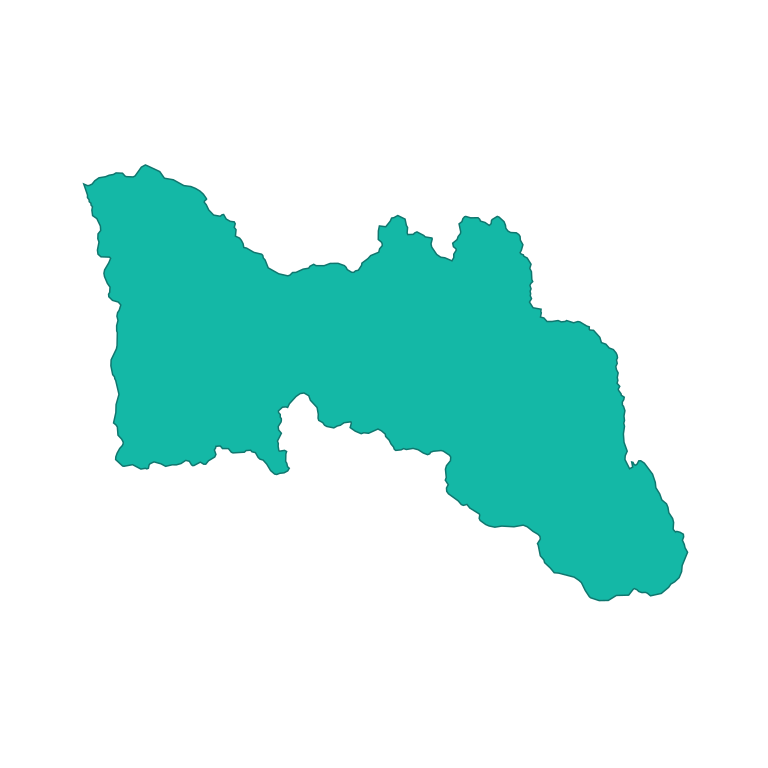 outline of Urubamba, Cusco, Peru, rotated 6°
{"feature_id": "86281439B1367773994122", "entity_name": "Urubamba", "entity_type": "district", "adm_level": 2, "iso_a3": "PER", "parent_name": "Peru", "parent_adm1": "Cusco", "projection": "mercator", "projection_center": [-72.303, -13.268], "detail": "fine", "context": "isolated", "style": "filled", "palette": "teal", "viewbox_px": 768, "rotation_deg": 6, "n_neighbors": 0, "source": "geoboundaries", "source_scale": "gbopen_adm2", "svg_char_len": 6110}
<svg xmlns="http://www.w3.org/2000/svg" viewBox="0 0 768 768"><g transform="rotate(6 384 384)"><path d="M671.2,566.8L681.7,563.3L688.3,556.5L690.2,553.0L693.8,550.3L697.7,545.8L699.6,539.5L699.5,533.4L703.5,519.6L700.5,515.4L699.4,512.1L697.1,508.2L698.0,504.7L697.4,502.1L693.9,500.5L690.6,500.0L689.4,500.7L687.2,498.8L686.7,497.8L686.5,491.4L685.1,487.6L680.7,482.2L679.3,477.0L677.5,473.7L672.4,470.2L669.7,464.5L665.2,458.7L664.1,453.5L660.5,445.6L651.2,435.5L647.4,433.5L645.4,433.8L644.2,437.0L642.8,438.4L641.2,438.1L639.8,435.9L638.5,435.7L640.0,440.6L637.1,442.6L631.5,433.9L631.4,430.1L632.9,425.4L628.8,416.9L627.3,408.6L627.6,400.9L626.5,397.9L627.0,395.2L626.0,390.8L626.4,385.4L624.5,381.1L623.3,380.0L622.9,377.0L624.1,374.5L624.3,372.0L621.2,370.4L620.8,369.0L617.9,365.7L617.5,364.6L618.7,361.7L615.7,358.9L616.2,356.0L615.3,353.2L615.7,348.5L613.7,345.5L612.7,342.4L613.8,339.2L612.7,335.8L613.5,333.5L612.8,331.0L611.6,328.9L608.5,325.8L604.1,324.6L600.5,321.2L595.9,320.1L593.8,315.1L586.8,308.7L583.1,308.8L582.4,308.1L582.2,305.7L579.4,305.1L572.4,301.8L570.3,301.6L566.2,303.3L558.9,301.8L557.8,302.8L553.8,303.7L550.5,302.7L544.5,304.3L539.6,304.8L536.1,301.6L532.6,301.1L533.0,296.7L532.4,295.6L532.4,293.2L524.3,292.6L520.1,287.3L521.8,283.7L520.2,280.9L520.4,278.9L519.6,276.4L520.3,274.0L518.8,270.7L519.5,268.7L521.2,266.6L520.1,264.7L518.9,256.9L516.9,253.8L517.7,249.5L513.2,243.7L509.8,242.4L509.1,241.0L506.8,240.4L505.6,239.2L506.6,236.7L507.6,231.0L504.6,226.7L503.9,223.0L502.4,221.2L499.8,219.8L494.1,220.1L491.4,219.0L488.9,216.4L488.2,213.4L486.4,210.0L481.0,206.0L479.1,205.5L474.4,209.1L473.8,210.2L473.8,213.3L472.1,215.3L467.6,212.8L462.9,211.9L462.0,210.2L460.1,208.8L452.8,209.7L447.8,208.8L446.6,209.3L445.2,211.3L444.5,214.4L441.9,216.9L444.4,224.7L444.3,226.4L442.3,229.6L441.6,232.7L437.6,236.8L438.7,240.2L441.3,241.9L441.9,243.3L439.8,247.6L440.2,250.9L438.7,254.4L431.3,252.1L427.2,252.0L422.9,249.7L417.1,242.8L416.1,239.7L416.8,234.8L416.4,233.8L409.6,233.4L408.0,232.1L400.9,229.3L398.8,230.5L397.5,232.1L392.0,232.9L391.2,231.2L391.1,225.9L389.7,224.0L387.7,217.8L380.1,215.0L376.5,217.5L374.2,218.2L373.2,221.4L369.3,227.4L362.9,227.3L362.4,232.3L363.2,240.9L366.5,243.1L367.5,244.6L367.8,246.6L365.5,250.0L365.0,253.5L357.3,257.7L355.0,260.9L349.4,266.1L349.3,268.3L346.6,273.5L343.8,274.5L342.3,276.1L340.2,276.3L335.5,274.1L334.0,271.8L332.2,270.4L325.7,268.8L317.9,269.7L312.1,272.6L304.0,273.4L301.6,272.3L298.1,274.6L297.0,276.7L291.6,278.2L284.8,282.2L281.4,282.7L279.0,285.6L277.0,286.5L267.8,285.4L256.7,280.6L252.8,273.1L250.8,271.3L250.0,268.8L248.7,267.7L240.9,266.7L233.1,263.2L230.3,262.9L229.2,259.2L227.1,256.0L225.1,254.0L220.8,252.5L220.7,246.0L218.7,243.9L219.3,240.2L218.1,238.4L214.1,238.3L209.9,236.5L206.8,232.2L205.3,232.6L203.6,234.3L196.9,233.8L191.5,229.2L188.5,224.3L186.2,222.0L186.4,220.7L188.2,218.9L188.1,218.3L184.5,214.1L180.7,211.3L176.1,209.2L171.3,207.8L164.2,207.6L153.1,202.9L144.1,202.3L138.8,196.2L126.1,191.8L123.8,191.1L120.0,193.7L114.7,203.1L112.9,204.3L106.1,204.7L104.9,204.4L101.9,201.7L95.4,202.1L93.0,203.9L88.8,205.1L85.3,207.0L79.0,208.7L75.1,212.1L72.8,215.7L70.0,217.4L68.3,217.7L64.5,216.5L69.4,227.1L69.6,229.6L71.4,231.5L71.8,233.5L73.6,234.8L74.0,236.8L75.5,238.1L75.3,241.6L76.6,247.0L81.1,249.5L85.4,256.5L86.2,261.0L83.9,264.6L84.2,269.4L85.7,272.6L85.0,280.8L86.0,284.8L89.2,287.1L97.8,286.5L99.0,287.6L97.6,292.3L94.2,299.7L93.9,303.2L94.8,306.4L98.4,312.9L101.4,316.3L101.6,321.5L100.7,323.5L101.2,326.0L105.2,329.2L111.2,330.3L114.0,332.9L112.9,338.4L111.6,340.8L111.3,344.5L112.8,348.6L112.0,354.0L112.6,359.1L113.4,360.7L114.5,373.7L114.2,377.0L110.1,388.5L110.5,394.5L113.2,403.1L115.2,405.0L115.7,406.9L116.8,408.5L121.5,422.0L119.7,432.5L120.3,440.4L119.1,451.0L121.7,452.7L123.3,454.6L124.8,462.7L128.8,466.2L130.7,469.0L130.8,470.9L130.1,472.7L127.9,475.7L125.8,480.7L124.9,484.5L125.0,487.2L132.6,492.9L134.0,493.0L142.4,490.5L151.1,494.0L155.5,492.8L157.0,493.2L158.5,492.4L158.8,489.1L159.6,487.8L163.4,485.5L170.6,486.7L175.4,488.7L181.8,486.5L186.0,486.1L190.5,484.3L194.8,480.7L198.5,481.2L201.0,484.5L202.3,485.2L203.6,484.9L209.5,480.9L213.1,482.6L215.1,482.4L217.5,478.7L223.3,474.3L224.2,471.6L222.2,467.3L223.2,465.3L223.3,463.6L226.4,462.9L227.9,462.9L230.1,465.1L236.0,464.5L239.3,467.8L241.0,468.3L252.3,466.4L253.8,464.6L258.3,463.8L259.7,465.2L263.3,465.7L266.5,470.2L268.5,471.7L271.7,472.3L275.8,476.0L280.3,482.0L284.6,485.0L286.8,485.2L289.7,483.7L293.9,482.8L297.3,480.5L298.6,477.7L296.7,476.3L295.6,473.0L294.3,471.3L293.7,463.8L294.2,461.3L292.0,460.4L287.3,461.7L286.4,461.3L285.2,456.9L285.1,454.2L284.0,451.9L287.1,443.7L284.0,440.7L283.2,437.4L285.6,432.5L285.7,430.7L285.5,429.2L284.3,427.8L284.0,425.1L282.2,423.5L281.8,421.8L285.4,417.7L288.9,417.0L290.6,417.4L292.0,413.5L297.8,405.6L301.6,402.3L305.4,401.3L310.4,403.5L312.5,407.9L319.9,414.4L321.8,420.9L322.0,424.9L322.9,427.0L327.1,428.8L329.2,431.2L331.5,432.2L338.7,432.9L342.0,430.6L344.9,429.6L348.3,426.7L354.9,425.1L355.6,426.3L354.9,430.9L360.3,433.9L366.5,435.8L369.0,434.6L373.8,434.6L382.7,429.4L386.3,430.8L390.5,433.7L391.1,436.0L395.0,439.3L397.3,443.0L400.0,445.6L401.1,447.9L402.6,448.8L407.9,447.7L410.3,446.2L413.0,446.8L419.7,445.0L424.9,445.8L430.2,448.5L434.7,449.7L436.7,448.7L437.6,446.9L440.2,445.7L447.7,444.2L449.9,444.5L456.6,448.0L458.0,449.7L458.1,453.4L454.7,458.6L454.0,462.3L455.7,470.5L455.0,473.2L458.4,477.4L457.0,480.9L457.6,484.2L459.6,486.5L469.9,492.4L473.5,495.8L475.6,496.4L479.1,495.1L482.3,498.4L492.4,503.3L492.9,504.4L492.7,507.7L493.9,509.7L499.8,513.1L503.3,514.2L509.2,514.8L515.9,513.0L528.2,512.4L537.2,509.8L541.4,511.0L547.6,515.0L552.9,517.4L555.0,519.2L555.7,521.9L553.3,526.7L554.2,528.1L557.4,538.5L561.4,542.2L562.4,544.9L568.6,549.6L573.0,553.9L577.3,553.8L593.3,556.2L598.4,558.9L601.1,560.9L605.8,568.4L610.4,574.0L611.8,575.0L620.6,576.9L629.7,575.8L637.2,570.0L649.4,568.4L653.3,562.1L654.4,561.3L657.2,562.2L659.0,563.7L662.3,564.5L665.8,563.9L667.8,564.5L671.2,566.8Z" fill="#14b8a6" stroke="#0f766e" stroke-width="1.5"/></g></svg>